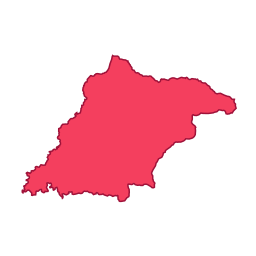 Santa Cruz (Guachavés), Nariño, Colombia (orthographic projection), rotated 267°
{"feature_id": "7082276B62156244785095", "entity_name": "Santa Cruz (Guachavés)", "entity_type": "district", "adm_level": 2, "iso_a3": "COL", "parent_name": "Colombia", "parent_adm1": "Nariño", "projection": "orthographic", "projection_center": [-77.738, 1.278], "detail": "fine", "context": "isolated", "style": "filled", "palette": "rose", "viewbox_px": 256, "rotation_deg": 267, "n_neighbors": 0, "source": "geoboundaries", "source_scale": "gbopen_adm2", "svg_char_len": 5698}
<svg xmlns="http://www.w3.org/2000/svg" viewBox="0 0 256 256"><g transform="rotate(267 128 128)"><path d="M200.9,116.7L200.5,116.4L200.8,116.3L200.3,116.0L197.4,115.3L193.3,113.5L188.8,112.1L187.0,111.0L184.8,109.1L184.6,107.8L183.9,107.0L183.9,105.7L183.2,104.7L183.2,103.6L183.9,100.4L183.8,98.9L182.9,98.0L182.9,97.6L181.8,96.8L181.6,96.3L181.6,95.2L182.2,94.0L182.2,93.4L178.7,89.9L177.7,89.9L176.1,89.4L176.2,88.5L175.6,87.7L174.0,86.7L173.0,86.6L172.7,86.0L171.6,85.9L170.7,85.3L168.0,84.8L166.1,85.7L164.6,85.4L164.1,85.9L162.3,86.1L160.2,88.4L159.1,88.3L158.7,87.8L158.8,86.4L157.1,86.3L155.4,84.8L153.5,84.8L153.0,83.9L153.0,83.0L151.2,83.0L149.6,82.0L148.4,82.0L145.6,81.1L144.5,77.7L145.1,77.3L145.8,77.7L146.1,77.7L146.0,77.4L144.5,75.7L143.7,75.8L142.8,76.7L142.4,76.5L142.0,75.8L141.3,75.4L141.2,74.6L140.6,73.9L140.3,72.8L140.4,71.6L139.8,70.7L137.3,68.5L135.9,68.6L135.0,67.5L135.2,66.0L135.1,62.9L133.7,61.6L131.8,60.8L131.0,58.8L128.2,58.6L127.2,59.2L126.5,58.7L124.4,58.9L122.9,57.4L121.9,57.1L120.8,57.6L120.3,58.9L119.9,59.4L118.8,59.7L118.1,59.2L117.2,59.7L115.5,59.8L114.7,59.1L113.8,58.8L113.9,58.2L113.4,57.4L112.4,57.5L112.4,57.1L112.9,56.5L112.8,56.0L112.1,55.6L111.3,56.3L111.0,56.3L111.1,55.6L110.1,54.6L110.7,53.2L110.1,52.0L109.4,51.8L109.0,51.2L108.5,48.2L108.2,48.2L107.8,49.3L107.2,49.3L105.8,48.7L105.7,48.1L104.9,47.4L105.1,46.8L104.3,46.9L102.9,45.8L101.9,46.5L100.8,46.7L99.7,45.6L98.3,44.9L97.0,43.9L96.1,43.8L95.4,43.4L95.2,43.0L95.4,42.3L95.2,41.1L95.6,40.4L95.8,39.1L93.5,37.2L93.8,35.8L94.3,35.0L94.2,34.0L93.6,33.3L92.5,33.6L91.5,33.3L90.1,31.2L90.4,30.3L90.2,29.2L89.9,29.1L89.1,29.2L87.8,27.8L87.8,27.5L88.4,27.0L88.4,26.4L89.0,25.3L88.4,24.2L88.0,24.1L87.4,24.8L86.6,24.7L85.6,25.0L85.1,26.7L84.5,26.9L83.5,26.9L83.1,26.7L81.8,24.9L81.6,23.8L80.9,23.7L80.7,25.0L79.8,25.5L78.8,25.5L77.9,24.8L77.5,23.4L75.8,22.6L75.8,21.5L75.5,21.0L75.2,20.9L74.4,21.4L73.0,21.2L72.4,21.7L71.7,21.8L71.1,21.2L71.5,19.8L71.3,19.2L69.6,19.0L68.8,19.5L68.7,19.7L69.4,19.9L70.1,20.6L70.0,21.2L69.6,21.8L69.7,22.5L70.0,23.2L71.1,24.2L71.1,25.7L70.8,26.2L68.2,28.4L65.9,28.3L65.7,29.1L66.1,30.1L66.1,32.3L69.5,32.9L69.7,33.2L69.6,35.0L71.1,37.0L71.1,38.3L69.1,38.4L67.9,40.1L68.0,41.3L69.1,41.8L68.8,43.4L68.9,44.8L69.5,45.0L72.6,43.5L73.4,43.6L75.1,44.5L77.1,44.1L77.4,44.7L77.4,45.5L76.6,46.9L77.0,48.0L76.5,48.4L74.8,48.7L74.1,48.1L73.3,46.8L72.6,46.8L72.4,47.4L72.8,48.9L72.5,49.7L71.7,50.0L70.1,50.1L69.8,50.5L70.6,51.9L71.6,52.0L71.9,52.3L72.4,53.5L72.4,53.9L70.3,54.5L69.8,54.3L68.5,54.7L68.1,54.6L67.3,55.8L66.3,55.7L65.1,56.1L63.5,57.4L62.7,58.5L61.3,58.8L61.7,59.3L63.1,59.5L65.4,58.8L65.8,60.3L64.8,61.8L64.5,63.0L65.7,65.5L66.8,65.3L67.3,65.7L67.0,67.1L67.2,68.6L66.6,68.8L65.0,68.8L64.5,69.8L64.8,72.4L65.6,75.7L65.1,76.8L65.1,78.1L65.4,79.0L66.7,80.2L67.2,81.0L66.8,82.8L67.0,84.1L65.6,86.0L65.6,87.0L65.2,88.5L63.3,90.1L63.9,91.9L63.8,92.5L64.8,92.9L65.1,93.5L64.6,94.4L63.4,95.1L63.0,95.8L63.1,98.6L63.4,99.1L63.3,99.9L62.5,100.6L61.2,103.9L62.2,105.6L61.4,108.2L60.7,108.7L60.5,109.3L61.3,111.7L60.9,112.8L61.2,114.0L61.0,114.3L57.3,114.4L56.4,115.2L55.5,115.4L55.1,116.2L55.1,117.5L55.5,120.9L58.4,123.2L59.4,125.1L60.2,125.5L62.2,125.6L63.6,125.9L66.8,125.9L67.8,125.3L70.1,124.9L71.6,125.0L71.9,125.3L71.8,127.1L71.4,128.1L71.4,129.1L72.2,130.7L72.1,131.3L71.0,132.3L70.3,134.5L70.4,136.7L70.0,137.6L69.9,139.3L69.9,139.9L70.8,140.7L71.0,143.0L70.5,144.5L68.5,147.5L67.1,149.0L67.0,150.5L67.5,151.3L70.5,151.4L70.9,151.8L71.6,151.9L73.4,150.6L75.3,150.3L75.5,150.0L78.9,150.2L80.4,149.4L81.4,149.2L82.6,149.5L85.0,150.8L88.9,153.5L91.5,154.2L92.7,155.3L95.6,156.9L97.0,160.2L99.0,161.4L101.3,162.1L101.9,163.9L103.3,164.2L104.1,165.0L106.9,169.4L108.5,170.9L108.9,172.3L110.7,173.4L111.0,173.9L111.5,175.1L111.2,177.2L111.4,177.8L111.2,179.6L111.3,180.3L112.2,182.9L113.1,184.2L114.2,185.1L113.8,188.7L114.1,189.3L114.1,190.0L114.7,192.0L116.0,193.7L117.8,194.8L121.8,195.3L124.6,195.2L125.1,195.7L126.5,195.0L128.4,192.8L129.9,191.8L132.0,192.0L132.4,192.4L133.6,192.7L136.8,192.8L137.4,193.0L137.8,193.6L137.8,194.1L137.2,194.6L136.9,197.0L137.5,199.4L139.1,201.6L138.7,203.5L138.3,208.8L138.7,214.0L139.2,215.1L139.6,217.6L141.4,219.7L140.9,222.1L140.5,223.0L140.6,224.6L140.2,225.4L139.3,226.1L137.1,226.7L136.7,228.0L136.9,230.1L137.8,231.9L137.5,232.5L137.5,232.8L139.7,234.4L142.0,237.0L144.6,236.4L146.3,236.6L147.6,235.5L149.3,235.2L151.1,235.8L151.2,235.5L151.1,234.2L151.4,233.3L153.5,231.6L154.1,230.7L154.5,228.8L155.8,225.8L157.8,222.2L157.7,219.8L157.4,218.8L158.1,217.3L158.8,216.5L159.8,216.2L160.4,215.2L161.9,214.1L162.4,213.0L163.5,212.1L165.0,211.8L166.1,210.6L166.3,209.8L168.2,208.3L169.0,207.3L168.9,206.0L169.5,204.2L170.0,203.6L170.9,203.3L171.2,202.9L171.3,201.0L173.1,200.0L172.8,198.9L173.5,197.6L173.4,196.5L173.8,195.5L173.9,194.2L173.2,192.7L173.3,191.6L174.2,190.4L174.9,190.1L175.5,189.2L175.2,188.3L174.6,188.0L175.2,186.8L175.2,185.6L175.7,184.6L175.7,183.6L174.3,179.7L175.6,176.5L175.7,174.8L175.1,172.9L174.4,171.7L173.7,171.3L173.5,170.7L174.6,167.4L174.9,166.9L174.7,166.6L175.0,165.8L174.6,165.3L175.2,164.4L174.8,164.1L174.9,163.6L174.6,163.2L173.1,162.8L172.3,162.0L172.0,160.9L173.5,159.5L173.7,158.3L174.2,157.4L174.7,157.2L175.3,156.5L175.9,156.4L177.1,154.9L178.5,153.7L178.8,152.4L178.4,150.9L178.9,149.1L178.9,145.6L180.0,144.8L181.0,142.4L182.0,141.8L182.7,140.5L182.5,139.8L182.7,138.9L183.4,138.1L185.4,137.0L185.4,136.1L186.0,135.6L186.4,135.0L188.2,135.0L189.9,133.7L190.8,133.6L191.5,132.8L192.4,132.6L194.0,131.3L194.7,131.6L195.4,130.0L196.0,129.3L196.4,126.8L197.0,125.4L197.3,123.2L199.4,122.5L200.3,121.5L200.5,117.9L200.9,116.7Z" fill="#f43f5e" stroke="#9f1239" stroke-width="1.5"/></g></svg>